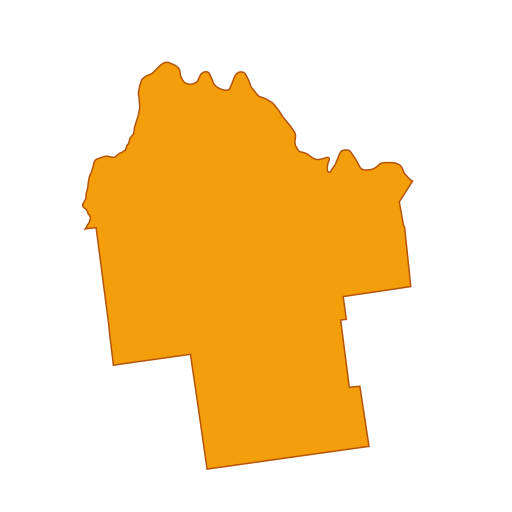 Formosa, Formosa, Argentina, rotated 262°
{"feature_id": "61730980B62878855706265", "entity_name": "Formosa", "entity_type": "district", "adm_level": 2, "iso_a3": "ARG", "parent_name": "Argentina", "parent_adm1": "Formosa", "projection": "mercator", "projection_center": [-58.059, -25.972], "detail": "fine", "context": "isolated", "style": "filled", "palette": "amber", "viewbox_px": 512, "rotation_deg": 262, "n_neighbors": 0, "source": "geoboundaries", "source_scale": "gbopen_adm2", "svg_char_len": 4054}
<svg xmlns="http://www.w3.org/2000/svg" viewBox="0 0 512 512"><g transform="rotate(262 256 256)"><path d="M308.3,421.5L308.9,420.8L310.2,419.4L311.4,418.4L313.2,417.1L315.0,415.9L317.0,414.6L318.4,414.0L320.4,413.6L322.2,413.1L323.6,412.7L325.3,411.6L326.3,410.8L328.3,407.7L328.6,407.2L328.8,406.4L329.5,403.7L329.7,402.6L330.0,400.4L330.3,398.1L330.4,397.9L330.5,396.8L330.5,394.9L330.5,394.7L330.5,393.2L330.1,391.7L329.4,390.6L327.4,387.8L325.9,384.2L325.6,381.9L325.7,379.3L325.7,378.6L325.9,376.6L326.1,375.3L326.2,375.1L326.6,374.2L327.1,373.2L327.9,372.2L329.1,371.5L337.6,368.3L344.1,365.1L346.7,363.8L347.6,362.7L348.1,361.5L348.4,360.5L348.4,360.3L348.6,359.3L348.6,357.9L348.6,356.9L348.3,355.8L347.4,354.4L345.2,352.8L335.6,347.3L334.0,345.8L333.2,345.0L330.0,342.2L329.0,341.3L328.8,341.2L328.7,340.8L328.7,340.3L328.7,340.2L328.8,339.7L329.2,339.2L329.7,338.9L330.4,338.7L331.4,338.7L332.0,338.7L332.4,338.8L333.5,338.9L335.5,339.3L337.4,340.0L340.1,341.4L341.1,341.9L341.9,342.0L342.3,342.0L343.0,341.9L343.3,341.6L343.4,341.3L343.6,341.0L343.7,340.3L343.7,339.7L343.7,338.9L343.4,337.7L343.2,336.5L343.0,334.6L342.8,331.5L343.0,330.1L343.4,328.9L344.0,327.5L345.3,325.6L347.5,323.3L349.2,321.7L349.5,321.4L350.8,319.5L351.7,317.8L352.5,315.8L352.9,314.4L353.4,313.6L354.3,312.9L355.5,312.2L357.9,311.2L359.8,310.5L361.9,310.3L363.3,310.3L365.3,310.8L368.4,311.7L369.5,311.9L371.0,311.9L372.9,311.6L380.7,307.7L389.8,302.0L396.2,299.2L402.5,295.6L405.6,293.4L407.6,290.9L408.0,290.3L408.8,289.4L410.9,286.7L411.8,284.9L412.1,284.2L412.7,283.1L413.2,281.8L414.0,280.9L414.5,280.5L415.3,279.8L420.9,276.6L423.7,274.8L426.1,274.2L430.5,273.4L437.5,270.9L438.7,270.2L439.2,269.6L439.6,268.9L440.0,268.1L440.3,267.2L440.4,265.9L440.4,265.1L440.2,264.3L439.9,263.4L439.5,262.7L439.0,261.8L438.1,260.9L435.8,259.2L435.4,259.0L430.7,256.5L427.2,254.4L425.3,253.0L424.6,252.5L424.4,251.8L424.1,251.2L424.3,249.5L424.5,248.0L425.2,246.5L425.9,245.0L426.8,243.4L428.5,241.1L430.0,239.6L431.8,238.4L433.2,237.9L436.7,237.2L443.3,235.2L444.2,234.5L444.9,233.7L445.2,232.9L445.5,231.8L445.5,230.9L445.3,229.6L444.9,228.8L444.3,227.6L443.6,226.6L443.4,226.5L441.7,225.2L437.4,222.5L437.4,222.4L436.6,221.4L435.7,219.5L435.4,218.0L435.2,216.3L435.3,214.7L435.4,213.6L435.9,212.2L436.6,211.0L437.4,209.8L438.8,208.6L440.1,208.0L443.2,206.8L445.3,206.4L447.3,206.4L450.2,206.3L452.6,205.6L454.4,204.2L456.2,202.3L459.7,196.5L460.1,195.3L460.2,194.0L460.2,192.9L460.0,191.7L459.7,190.7L459.3,189.8L458.7,188.8L458.4,188.2L457.9,187.5L453.2,181.1L452.7,180.5L451.4,178.8L451.2,178.6L451.1,178.3L450.7,176.6L450.5,176.1L450.1,174.1L449.8,173.0L449.3,172.1L449.0,171.4L448.8,171.0L448.6,170.3L448.4,170.1L447.9,169.3L447.2,168.4L446.6,167.5L444.7,166.5L442.7,165.5L440.7,164.5L438.7,163.8L436.6,163.1L435.8,162.9L434.4,162.5L432.3,162.0L429.1,162.3L426.9,162.1L424.7,161.9L422.5,161.8L419.2,161.5L417.1,160.9L415.0,160.1L412.9,159.5L409.9,158.2L407.9,157.2L405.0,155.8L403.0,154.8L401.0,153.9L398.9,153.2L396.7,152.7L393.7,151.6L392.3,149.9L390.0,147.5L388.0,146.7L385.0,145.4L383.7,143.6L381.7,142.7L378.8,141.3L378.3,139.3L377.2,137.6L376.8,135.4L375.8,133.5L374.5,131.6L373.4,129.8L373.7,127.6L374.5,125.6L375.6,122.4L375.7,120.2L375.1,117.0L374.8,114.8L374.0,111.5L372.8,109.7L371.0,108.5L367.9,107.4L365.9,106.4L363.9,105.7L361.9,104.7L359.2,102.8L356.3,101.5L354.2,100.9L352.1,100.1L350.0,99.6L347.8,99.1L344.8,97.9L341.8,96.6L338.5,95.9L336.4,95.4L334.6,94.2L332.9,92.8L331.1,91.5L328.9,91.5L327.2,92.9L325.6,94.4L323.6,95.4L321.4,95.5L319.5,96.6L317.6,97.5L315.4,96.8L313.4,96.0L311.5,94.8L310.0,93.2L308.1,92.1L306.6,90.5L306.3,101.6L208.6,100.6L199.7,100.2L167.7,99.6L167.8,122.2L167.8,177.4L119.0,177.7L51.8,177.9L51.8,250.5L51.8,252.2L51.8,260.7L51.8,274.2L51.8,341.4L105.8,340.8L112.6,340.7L113.0,330.1L119.0,330.2L161.5,330.7L180.8,330.9L180.7,336.6L203.7,336.7L204.2,405.0L211.3,405.3L262.3,407.1L264.0,407.1L266.0,406.4L271.7,406.1L277.9,405.9L289.7,405.4L307.7,420.9L308.3,421.5Z" fill="#f59e0b" stroke="#b45309" stroke-width="1.5"/></g></svg>